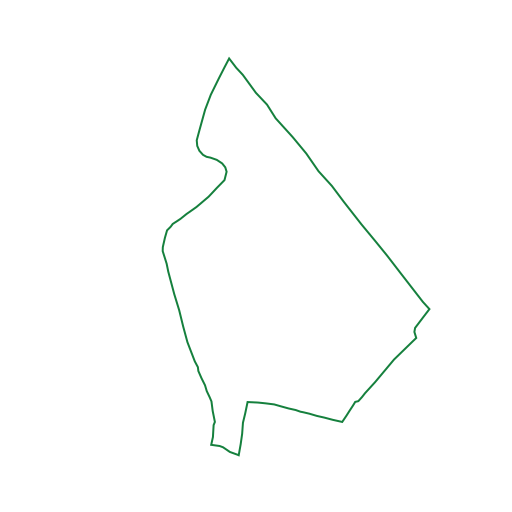 the district of Abu Al-Khaseeb, Al-Basrah, Iraq, rotated 242°
{"feature_id": "34846034B47596068894282", "entity_name": "Abu Al-Khaseeb", "entity_type": "district", "adm_level": 2, "iso_a3": "IRQ", "parent_name": "Iraq", "parent_adm1": "Al-Basrah", "projection": "robinson", "projection_center": [48.016, 30.336], "detail": "fine", "context": "isolated", "style": "outline", "palette": "green", "viewbox_px": 512, "rotation_deg": 242, "n_neighbors": 0, "source": "geoboundaries", "source_scale": "gbopen_adm2", "svg_char_len": 1404}
<svg xmlns="http://www.w3.org/2000/svg" viewBox="0 0 512 512"><g transform="rotate(242 256 256)"><path d="M304.1,175.9L291.2,173.5L283.4,171.2L260.6,165.9L244.1,162.7L229.5,159.0L227.9,158.6L212.1,155.0L191.7,152.5L185.1,152.5L181.5,151.1L173.6,150.5L165.8,150.3L159.9,149.1L153.3,148.8L148.5,148.4L139.5,145.0L128.8,141.8L126.6,139.2L116.4,133.0L110.3,127.8L105.3,134.7L102.6,137.1L95.3,140.9L89.3,146.3L88.2,147.2L97.0,154.1L105.5,160.3L114.9,166.2L122.0,172.5L131.0,180.0L125.7,188.9L121.4,195.3L116.4,202.4L111.2,207.8L106.0,213.3L101.4,218.7L97.6,222.2L96.0,224.2L91.7,229.1L86.2,234.7L81.3,240.4L75.2,247.0L70.4,252.6L69.0,254.2L72.5,260.8L75.5,266.1L78.3,271.2L79.4,273.1L80.6,275.1L79.8,278.2L81.7,283.4L83.7,287.9L88.7,301.9L99.8,329.3L106.8,353.4L108.4,359.0L114.6,360.2L117.8,362.7L123.5,375.0L127.7,384.2L137.1,381.8L173.1,375.6L195.0,371.9L213.8,368.2L234.7,363.9L262.4,359.0L282.2,355.9L301.5,351.0L322.9,348.5L343.8,344.2L368.3,338.0L384.5,336.8L400.2,332.5L422.1,329.4L431.5,326.9L438.8,325.7L443.0,325.0L437.4,316.8L430.2,306.5L419.6,291.8L409.1,279.8L393.6,265.1L386.0,258.0L380.8,255.8L375.5,255.4L370.2,256.7L366.8,258.9L364.2,262.0L359.3,266.5L353.6,269.6L348.7,270.5L344.2,269.6L337.8,263.8L334.4,253.1L330.6,242.0L327.2,226.4L325.7,214.4L324.2,206.4L323.4,197.5L321.9,194.4L320.4,189.5L314.8,184.1L307.6,177.9L304.1,175.9Z" fill="none" stroke="#15803d" stroke-width="2"/></g></svg>